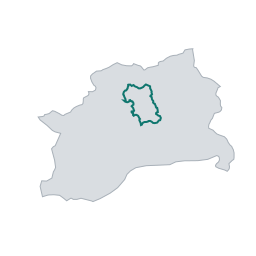 where Plovdiv sits in Bulgaria, rotated 166°
{"feature_id": "BGR-2235", "entity_name": "Plovdiv", "entity_type": "Province", "adm_level": 1, "iso_a3": "BGR", "parent_name": "Bulgaria", "parent_adm1": "", "projection": "orthographic", "projection_center": [24.881, 42.293], "detail": "fine", "context": "in_parent", "style": "outline", "palette": "teal", "viewbox_px": 256, "rotation_deg": 166, "n_neighbors": 0, "source": "natural_earth", "source_scale": "10m", "svg_char_len": 3764}
<svg xmlns="http://www.w3.org/2000/svg" viewBox="0 0 256 256"><g transform="rotate(166 128 128)"><path d="M212.5,160.4L208.1,159.8L206.5,160.0L205.6,161.2L203.5,161.0L201.0,161.1L198.4,162.4L197.0,163.0L195.0,161.9L191.2,158.6L189.0,156.3L187.3,155.7L185.7,156.5L179.8,157.4L178.4,158.9L175.7,160.5L173.0,161.3L169.1,161.9L167.0,161.8L165.8,162.6L164.9,164.9L164.3,167.1L163.7,168.0L158.8,169.2L157.7,170.4L157.5,171.7L157.6,172.9L153.6,171.8L150.6,172.6L149.9,173.6L149.3,174.9L149.6,176.4L150.8,177.8L151.9,181.5L152.3,185.3L151.7,187.5L149.5,189.0L144.8,190.8L140.2,190.0L138.2,190.7L134.9,191.0L131.8,191.5L127.0,193.1L122.7,194.0L118.8,190.8L114.2,188.7L109.4,187.4L107.7,188.3L107.0,189.1L103.0,186.3L101.1,185.3L100.3,184.2L98.6,180.5L97.6,180.3L94.3,181.7L91.1,181.6L89.2,181.4L83.5,181.5L82.7,184.0L82.0,184.4L80.7,184.7L77.7,184.5L73.8,186.4L69.6,187.4L66.3,187.4L62.9,186.8L60.9,187.2L56.6,187.3L53.8,190.0L49.5,189.8L45.9,189.2L46.4,188.3L47.3,177.4L49.2,172.6L49.2,171.6L48.8,170.8L47.2,170.0L46.2,167.4L44.0,160.4L42.7,158.9L39.0,157.4L35.8,155.3L33.2,152.6L28.4,145.9L30.9,145.3L31.7,144.0L34.3,140.5L34.7,138.8L34.4,137.8L32.8,136.0L31.7,132.2L32.7,128.7L32.8,126.9L32.0,125.1L33.0,122.9L34.8,121.7L36.0,121.4L40.7,121.3L43.8,116.9L45.7,115.5L47.6,113.0L48.5,112.1L49.4,110.2L49.7,108.2L46.0,105.3L44.8,103.1L43.2,100.7L41.0,99.1L36.6,96.2L34.9,93.3L34.2,89.6L33.1,86.8L31.8,85.0L31.6,83.5L31.1,81.7L31.1,78.2L32.3,73.5L33.0,71.9L34.6,71.4L38.7,69.0L38.9,65.8L39.7,63.9L41.0,62.8L42.2,62.0L44.4,63.9L49.7,67.0L52.2,69.2L52.1,70.6L50.8,71.9L48.4,73.1L47.0,74.8L46.6,77.0L46.9,78.5L48.5,79.8L58.2,78.3L68.0,79.4L81.1,82.5L89.8,83.6L96.3,82.3L108.2,84.7L119.3,87.0L130.0,87.6L136.0,85.8L140.2,83.3L143.7,78.8L152.5,72.6L161.1,69.1L172.3,66.2L179.8,65.1L180.9,66.0L190.6,71.2L194.9,71.1L198.4,72.0L199.7,73.4L200.6,73.7L205.1,72.2L207.2,75.1L210.6,79.2L216.1,81.2L221.0,82.2L222.5,82.3L227.6,82.0L227.4,92.6L224.5,97.6L219.8,96.2L214.0,97.8L211.0,103.5L209.3,105.2L207.8,107.2L207.0,114.5L207.2,126.3L205.0,127.9L202.9,128.4L194.6,139.1L199.7,141.9L202.0,144.0L205.9,150.1L211.3,157.0L212.5,160.4Z" fill="#d9dde1" stroke="#a8b0b8" stroke-width="1"/><path d="M114.7,128.1L114.5,129.6L115.1,132.8L114.8,133.6L114.2,133.9L114.9,135.6L114.9,136.2L115.2,137.2L115.7,137.9L117.0,138.9L118.4,138.9L119.5,138.5L120.0,139.4L119.4,141.0L120.1,141.8L120.6,142.0L120.7,142.6L120.5,143.2L120.0,143.2L118.8,142.7L117.9,143.3L118.1,144.9L118.1,145.9L118.5,146.9L119.2,148.3L118.2,148.9L117.1,149.3L116.7,150.8L117.2,152.6L117.8,153.1L118.1,152.9L118.5,153.3L119.0,153.6L119.3,153.8L119.2,154.5L119.8,154.6L120.3,153.5L120.9,153.4L122.0,153.1L123.0,153.4L124.3,154.2L125.1,155.4L124.4,155.1L123.9,155.0L123.6,155.0L123.5,157.0L123.9,158.5L124.1,160.1L124.0,160.6L124.1,161.0L124.5,161.4L124.4,162.1L123.3,164.0L121.6,165.1L120.8,164.9L120.0,165.4L119.7,165.9L119.3,166.0L118.7,166.7L118.4,167.7L117.7,168.3L117.6,169.2L117.4,169.9L116.6,169.9L116.0,169.6L115.4,169.6L114.2,167.9L113.3,168.2L112.2,168.3L111.6,167.1L110.8,166.4L109.3,165.4L108.1,163.9L106.6,163.5L105.0,163.7L103.3,164.1L101.7,165.2L100.1,165.9L96.5,163.1L96.9,161.0L96.4,159.0L96.2,157.7L96.6,156.8L96.5,154.9L97.3,154.3L98.2,154.1L98.6,153.5L98.1,152.8L97.6,152.4L97.6,151.6L97.8,150.3L97.5,149.1L97.0,148.3L97.0,147.7L97.5,146.6L96.7,145.3L96.1,145.0L96.1,144.2L95.8,143.2L95.8,142.2L95.9,141.8L95.5,140.7L94.8,140.5L94.9,138.3L95.2,136.2L96.3,136.2L97.2,135.6L97.3,134.6L96.5,134.0L95.5,132.6L94.1,131.9L93.7,129.8L94.9,127.8L96.2,127.9L98.3,126.2L99.5,126.2L101.0,126.3L102.5,126.9L103.5,128.4L104.8,129.5L106.4,129.8L106.8,129.7L107.1,129.4L108.8,129.4L110.4,129.8L111.9,129.6L113.2,128.8L113.4,128.3L113.7,127.9L114.7,127.7L114.7,128.1Z" fill="none" stroke="#0f766e" stroke-width="2"/></g></svg>